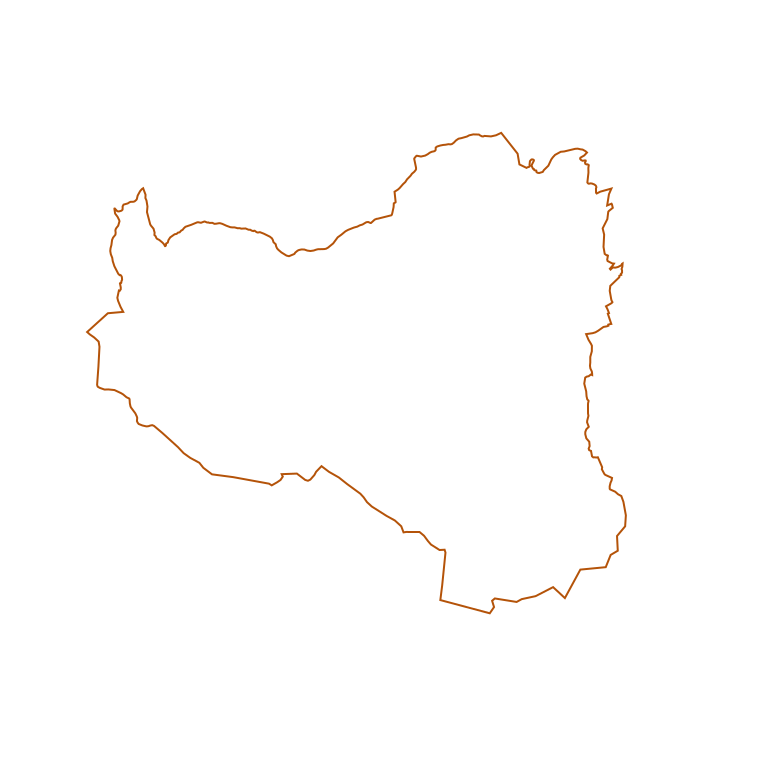 Rametea, Alba, Romania (Robinson projection), rotated 253°
{"feature_id": "2599482B58533573021610", "entity_name": "Rametea", "entity_type": "district", "adm_level": 2, "iso_a3": "ROU", "parent_name": "Romania", "parent_adm1": "Alba", "projection": "robinson", "projection_center": [23.586, 46.447], "detail": "fine", "context": "isolated", "style": "outline", "palette": "amber", "viewbox_px": 768, "rotation_deg": 253, "n_neighbors": 0, "source": "geoboundaries", "source_scale": "gbopen_adm2", "svg_char_len": 6166}
<svg xmlns="http://www.w3.org/2000/svg" viewBox="0 0 768 768"><g transform="rotate(253 384 384)"><path d="M591.9,552.5L591.7,551.5L592.1,550.2L593.6,548.6L594.8,547.7L596.6,542.3L596.9,538.2L596.4,535.7L596.5,529.9L596.8,527.0L595.9,524.1L594.3,521.2L593.6,519.1L593.7,517.7L594.5,515.7L594.8,512.9L595.3,510.5L595.6,507.6L595.6,504.3L595.0,502.6L592.7,501.8L592.1,501.0L591.9,500.0L592.1,497.4L591.8,495.3L591.0,493.1L590.4,490.2L590.7,485.9L592.7,482.1L592.5,481.3L591.1,479.2L590.5,478.7L581.7,477.9L580.1,477.5L579.4,476.9L578.1,475.0L576.9,472.2L575.4,470.3L573.0,465.9L570.9,463.4L569.6,460.7L566.8,456.2L565.8,454.0L564.8,450.3L554.5,448.3L554.3,448.1L553.9,446.2L550.4,444.9L545.0,441.9L543.6,441.0L543.2,440.3L543.9,426.4L544.1,425.2L543.9,423.1L541.8,418.7L541.9,418.2L543.5,416.3L543.8,415.1L543.8,414.0L542.8,410.1L542.8,407.2L542.3,404.5L542.4,401.0L541.9,394.8L541.3,391.8L539.3,387.0L537.8,382.6L533.3,376.5L530.8,370.4L530.3,368.2L530.5,366.3L532.2,360.2L532.3,358.4L532.2,355.8L532.7,352.5L534.0,349.7L535.9,347.1L536.8,344.4L537.0,341.9L536.8,340.4L535.6,337.5L534.7,336.5L534.5,335.7L534.0,330.5L535.3,328.3L539.9,324.3L543.2,322.2L544.9,321.4L547.2,321.1L549.3,321.3L551.9,319.8L554.3,319.8L556.1,319.4L558.3,317.9L563.0,312.9L565.5,309.7L565.7,307.7L566.4,306.6L568.4,305.1L568.6,304.5L568.4,303.9L568.7,303.3L569.5,302.1L570.5,301.4L571.2,299.5L573.2,297.1L574.3,292.9L575.2,291.6L575.7,289.7L577.5,286.8L578.2,284.5L578.9,282.9L581.4,279.6L584.4,276.2L585.6,274.4L586.0,273.3L586.4,270.1L586.8,268.6L588.3,267.0L588.8,265.1L589.2,264.0L589.9,263.2L590.1,262.1L591.8,260.1L591.9,259.3L591.7,256.1L593.1,253.4L593.2,252.4L592.6,246.2L592.4,240.1L591.4,238.0L590.3,236.5L590.0,234.9L588.8,232.9L589.0,231.2L588.2,229.6L588.4,227.5L586.7,222.4L584.6,219.9L582.5,218.6L582.0,216.7L580.4,216.0L579.8,215.3L579.9,214.9L582.1,214.4L584.0,213.5L587.5,211.2L589.2,209.4L590.1,209.0L592.1,208.8L593.6,208.0L595.9,208.9L599.9,209.0L603.7,207.4L605.0,207.1L617.7,207.6L622.9,209.7L628.8,210.5L631.6,210.2L634.7,211.3L641.6,210.9L641.1,209.3L639.7,207.1L636.2,203.5L633.1,201.7L632.5,201.0L631.6,199.0L631.5,197.8L632.3,195.0L632.2,193.8L631.6,191.7L631.7,187.4L630.3,186.0L627.5,185.1L627.0,184.7L626.5,183.6L626.5,181.4L626.8,180.1L627.5,179.3L630.5,177.9L630.6,177.6L630.4,177.4L625.6,176.7L621.7,178.1L618.0,178.7L616.9,178.6L613.1,176.1L611.4,173.6L610.4,172.6L609.3,172.0L607.1,171.6L605.3,170.8L603.2,167.7L601.3,166.1L596.5,163.9L593.8,162.2L591.2,161.1L587.9,160.7L584.2,161.0L580.7,160.5L575.4,160.6L567.1,162.1L565.4,163.0L565.4,163.6L564.6,164.3L563.0,164.6L560.2,164.0L559.4,163.2L557.6,162.3L557.4,162.0L557.7,161.4L557.4,160.9L553.3,160.5L551.5,159.9L550.4,158.5L550.9,157.8L544.4,154.2L541.3,154.0L534.8,154.6L529.2,155.7L532.4,140.6L520.5,115.3L517.4,117.2L513.3,120.4L508.0,123.5L502.8,122.8L483.9,115.9L467.1,109.4L465.4,109.4L464.8,109.7L463.3,111.2L460.4,115.1L459.4,118.8L457.0,124.5L452.1,129.9L450.3,131.5L446.6,133.9L444.6,136.1L443.7,136.2L439.9,135.3L436.7,135.0L435.4,135.2L428.7,137.6L425.3,138.1L423.8,138.1L420.8,136.9L419.1,137.1L417.5,137.7L415.0,140.8L413.2,143.9L412.8,144.8L412.5,146.6L412.6,148.3L412.4,150.3L411.2,151.8L402.0,157.7L383.9,168.5L376.4,172.2L369.9,177.2L362.6,184.4L356.7,186.7L347.9,193.1L339.0,212.6L322.3,244.9L319.9,247.0L321.3,253.2L322.5,257.0L325.0,260.1L327.7,259.8L323.8,274.5L315.3,280.6L313.7,283.0L314.1,285.6L317.3,290.8L319.9,293.4L323.7,300.2L316.1,305.7L307.8,313.5L299.1,319.5L286.0,329.3L281.6,331.4L276.0,333.2L270.4,336.5L257.2,347.8L250.3,354.5L242.9,358.9L236.4,359.3L236.0,362.0L232.1,374.7L227.2,377.9L221.0,380.1L216.7,382.0L209.0,388.6L207.8,393.5L204.8,393.5L174.5,380.8L160.9,374.7L133.8,418.1L138.5,424.0L145.1,424.0L146.5,427.3L136.8,447.1L138.0,452.8L136.8,466.9L140.3,486.3L126.4,494.4L149.1,517.5L144.0,542.5L154.3,550.8L156.2,558.8L170.5,562.4L177.4,573.0L187.7,576.9L201.3,578.5L207.5,578.2L210.1,575.6L213.4,573.6L217.1,569.4L217.8,569.2L220.2,569.9L223.4,571.8L225.2,573.4L227.5,574.6L231.9,569.6L232.6,568.9L233.7,568.4L238.8,567.4L240.6,568.3L251.4,567.1L251.6,565.6L252.3,564.0L252.6,562.7L254.0,561.8L259.5,562.4L260.7,560.9L262.3,560.8L264.5,562.5L268.8,563.4L272.8,561.6L277.2,561.8L279.3,562.5L281.5,564.2L283.2,567.3L288.0,567.0L289.5,567.6L293.8,570.2L296.2,570.5L304.5,573.0L306.1,573.6L307.8,574.6L308.3,574.7L309.8,573.9L313.0,574.1L317.8,575.2L325.8,575.6L331.3,578.3L331.8,580.1L331.6,582.0L332.6,584.6L331.7,585.7L333.2,586.1L335.3,586.4L338.5,585.9L341.2,586.3L344.1,587.5L349.6,589.2L354.5,592.3L359.8,594.0L361.8,593.7L366.5,592.5L372.6,591.9L371.6,598.4L371.6,601.3L372.3,604.3L374.4,610.6L374.0,614.1L374.1,615.6L375.2,615.8L375.2,617.6L375.0,618.9L385.8,618.6L386.0,619.9L390.1,619.6L393.4,619.0L394.5,624.1L394.9,625.5L395.5,626.4L397.4,626.0L398.9,626.1L407.1,627.1L411.7,629.1L417.3,640.2L418.7,640.7L419.0,642.8L420.0,642.7L420.9,644.2L423.2,644.9L424.5,644.8L426.4,646.2L429.5,647.4L429.3,646.7L428.4,646.0L428.0,644.8L427.5,642.0L427.6,639.5L428.5,636.8L427.2,634.1L428.2,633.7L430.5,637.5L431.9,639.1L432.6,637.5L436.2,633.8L437.7,633.8L441.3,635.7L441.8,635.3L442.0,634.5L443.9,633.1L450.9,634.0L462.5,638.2L468.9,638.6L476.4,645.8L483.1,648.8L483.6,649.4L485.6,654.3L489.1,654.5L489.9,654.3L489.5,649.6L499.7,654.6L504.4,658.6L504.7,647.1L504.0,643.1L504.9,642.7L509.1,643.9L510.0,644.6L511.0,644.7L511.9,644.5L513.3,643.5L514.9,641.5L515.5,640.1L515.6,638.5L516.3,637.7L517.3,637.4L526.3,641.3L530.9,642.6L533.4,643.8L534.5,643.0L534.8,641.8L535.7,640.9L536.9,640.9L538.2,642.1L538.7,642.2L539.1,641.6L539.4,639.2L540.5,638.0L542.0,637.4L543.0,638.0L544.0,642.3L546.0,645.8L547.7,644.8L550.1,642.5L551.0,640.5L552.4,638.1L553.0,635.6L553.7,624.3L554.4,620.9L553.1,614.6L551.4,611.7L549.8,609.6L544.7,605.0L541.8,599.4L540.4,597.8L540.4,594.2L540.8,593.1L541.4,592.3L542.1,591.8L543.6,592.0L544.5,590.3L545.9,590.1L546.3,589.4L549.1,589.0L549.8,589.0L550.7,589.7L553.6,592.5L554.2,592.8L554.9,592.4L555.4,591.6L555.6,590.7L555.1,589.7L554.4,588.7L551.2,587.3L549.5,586.9L549.2,586.0L549.3,584.5L549.0,583.5L554.4,577.7L565.2,579.1L589.9,569.5L589.1,563.8L589.5,558.7L591.9,552.5Z" fill="none" stroke="#b45309" stroke-width="2"/></g></svg>